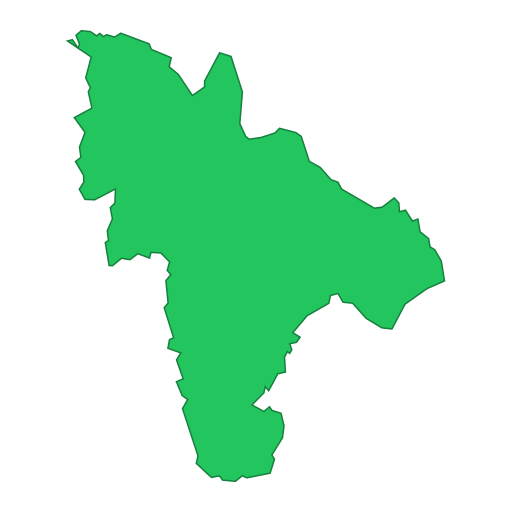 outline of Negotino, Negotino, North Macedonia
{"feature_id": "65306769B63258214258120", "entity_name": "Negotino", "entity_type": "district", "adm_level": 2, "iso_a3": "MKD", "parent_name": "North Macedonia", "parent_adm1": "Negotino", "projection": "albers", "projection_center": [22.101, 41.515], "detail": "fine", "context": "isolated", "style": "filled", "palette": "green", "viewbox_px": 512, "rotation_deg": 0, "n_neighbors": 0, "source": "geoboundaries", "source_scale": "gbopen_adm2", "svg_char_len": 1759}
<svg xmlns="http://www.w3.org/2000/svg" viewBox="0 0 512 512"><path d="M94.7,199.8L115.5,188.9L114.9,203.1L110.3,207.6L112.4,218.9L107.3,230.8L108.5,240.6L105.3,242.5L109.1,265.5L112.5,265.7L121.5,258.3L130.0,259.7L137.8,253.7L149.5,258.1L151.0,252.4L160.9,253.0L169.6,261.9L167.2,270.4L170.8,274.6L165.9,280.6L168.1,303.0L164.2,307.6L173.6,337.8L169.5,339.6L167.9,348.3L180.8,352.9L176.5,359.9L183.2,378.8L176.4,381.7L182.2,395.6L187.7,399.5L182.5,408.6L198.0,455.9L196.3,463.4L211.4,477.4L219.4,475.9L222.6,480.1L235.5,481.3L242.2,475.8L246.8,477.8L270.1,473.2L274.5,459.2L271.9,455.0L282.5,437.7L284.0,425.9L281.1,413.3L272.0,410.4L269.5,406.8L263.9,411.5L252.0,404.9L263.9,392.8L265.2,386.6L268.7,390.7L277.8,373.8L285.4,372.1L284.5,357.2L287.4,351.5L289.7,353.4L291.8,349.8L289.7,343.8L296.5,342.3L300.1,337.2L292.8,332.7L307.1,315.7L328.8,303.3L330.5,295.5L338.0,293.5L343.0,302.2L352.6,303.2L366.2,318.4L381.8,327.8L391.9,329.0L405.0,304.2L427.0,288.6L444.5,280.9L441.3,261.1L434.8,249.8L430.1,246.9L428.6,238.6L420.1,231.8L417.9,219.0L412.5,221.1L405.4,210.1L399.5,211.8L398.8,202.9L394.2,197.9L382.3,207.1L374.4,208.2L341.6,189.1L338.0,182.2L331.0,179.7L320.2,167.4L309.3,161.4L301.2,136.3L295.9,132.6L279.5,128.3L275.1,132.9L261.0,137.5L249.2,139.2L245.6,136.3L239.8,123.6L242.4,91.9L231.0,56.4L219.6,52.8L204.6,81.0L204.5,87.0L192.4,95.5L178.3,74.4L169.2,66.9L171.2,57.7L151.3,49.4L149.2,43.9L120.8,33.2L114.7,37.1L106.7,34.7L103.5,36.5L99.7,33.4L96.7,35.9L90.4,31.6L81.3,30.7L76.0,35.3L79.5,44.1L78.1,48.1L72.4,39.7L67.5,41.0L91.2,57.0L85.7,77.9L90.4,87.8L88.3,91.7L91.9,108.1L74.3,117.6L85.0,132.4L79.5,147.1L80.9,157.4L75.5,161.5L83.5,175.2L83.9,182.0L79.3,189.2L85.0,199.4L94.7,199.8Z" fill="#22c55e" stroke="#15803d" stroke-width="1.5"/></svg>